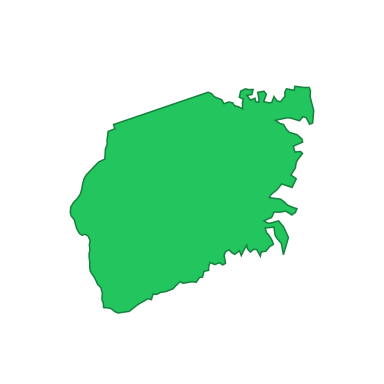 outline of Santo Antônio do Sudoeste, Paraná, Brazil, rotated 21°
{"feature_id": "56859067B76158301560942", "entity_name": "Santo Antônio do Sudoeste", "entity_type": "district", "adm_level": 2, "iso_a3": "BRA", "parent_name": "Brazil", "parent_adm1": "Paraná", "projection": "equal_earth", "projection_center": [-53.606, -26.065], "detail": "fine", "context": "isolated", "style": "filled", "palette": "green", "viewbox_px": 384, "rotation_deg": 21, "n_neighbors": 0, "source": "geoboundaries", "source_scale": "gbopen_adm2", "svg_char_len": 2488}
<svg xmlns="http://www.w3.org/2000/svg" viewBox="0 0 384 384"><g transform="rotate(21 192 192)"><path d="M250.1,56.4L251.0,60.4L243.2,61.8L242.9,65.4L244.5,69.5L242.2,76.1L238.5,76.4L234.3,73.5L234.4,79.9L231.9,81.1L226.6,82.0L226.4,74.1L223.1,72.1L217.6,75.4L221.0,80.9L222.2,84.3L219.2,84.9L217.2,81.9L213.7,85.2L208.5,82.1L212.9,79.7L212.3,74.4L208.5,76.0L204.8,76.6L201.3,80.4L202.2,86.6L206.7,87.0L207.1,90.7L209.5,96.3L205.9,95.8L200.7,96.1L197.9,94.2L194.0,94.8L190.2,98.2L186.7,95.2L179.0,95.1L174.7,93.1L171.3,93.1L139.3,119.8L94.6,157.1L97.3,160.6L92.0,165.5L93.1,169.9L94.0,173.8L95.8,178.3L95.7,182.8L97.0,186.7L98.8,192.6L94.3,197.1L92.2,201.8L89.7,207.9L87.3,213.6L86.5,218.3L86.9,223.1L88.0,228.5L88.5,233.9L87.3,239.3L85.2,243.9L84.2,249.4L85.6,254.5L87.8,257.7L91.9,260.0L94.7,263.8L97.7,267.7L101.7,271.0L104.9,271.8L107.4,269.7L110.7,270.3L114.3,273.8L115.2,278.5L117.3,282.1L118.2,287.0L119.7,290.5L121.7,294.2L123.1,298.0L125.2,302.1L127.5,304.0L131.4,306.7L134.6,309.6L137.0,312.1L141.1,313.9L144.6,318.6L145.5,322.0L146.8,325.3L149.0,327.5L150.9,331.6L154.8,330.4L157.7,329.8L163.1,331.4L166.5,331.4L171.7,328.4L176.1,326.0L181.2,317.4L183.5,314.3L186.1,311.3L188.9,307.4L192.7,307.0L192.1,301.4L195.9,300.1L198.7,296.9L203.5,294.2L208.9,289.3L210.5,285.2L213.2,279.8L216.3,280.5L223.9,275.9L228.3,274.7L229.6,269.3L232.3,267.7L231.6,261.8L235.6,259.2L234.3,255.7L234.1,251.4L239.3,251.6L243.0,248.2L246.7,249.1L248.9,246.7L244.7,239.6L244.7,235.7L247.3,232.7L251.1,234.5L254.3,234.9L257.3,229.8L260.8,233.7L261.2,228.6L262.1,222.1L264.2,225.2L268.0,227.2L270.2,223.3L273.1,222.6L278.8,227.4L278.1,223.1L282.2,220.9L284.1,215.0L286.8,211.7L284.1,208.5L278.8,204.4L276.1,203.3L273.3,199.3L281.1,195.5L285.1,202.6L287.9,204.8L293.9,208.1L299.8,217.8L299.0,207.5L298.3,199.9L290.3,192.0L283.2,187.9L276.0,193.2L273.3,194.0L269.5,193.0L275.5,187.2L275.8,181.4L281.7,179.1L286.3,176.3L290.7,177.1L293.4,177.7L295.8,174.1L295.9,169.9L292.7,170.2L285.8,170.0L281.7,168.2L277.3,166.9L266.1,169.6L266.8,165.9L270.5,159.5L272.9,152.3L283.8,151.9L284.6,142.3L278.3,140.7L279.9,132.5L278.7,127.1L279.3,123.2L281.4,116.5L278.9,115.3L273.7,117.8L270.2,112.9L277.4,105.7L275.6,103.1L269.5,100.8L261.4,101.4L257.3,99.4L253.2,96.1L249.8,96.5L244.1,95.2L250.4,91.1L254.8,88.3L258.0,87.6L266.9,87.0L268.6,81.9L272.0,81.7L277.4,86.6L279.9,84.4L276.4,72.2L272.0,66.2L268.3,60.9L266.2,54.8L263.8,52.4L258.9,54.4L250.1,56.4Z" fill="#22c55e" stroke="#15803d" stroke-width="1.5"/></g></svg>